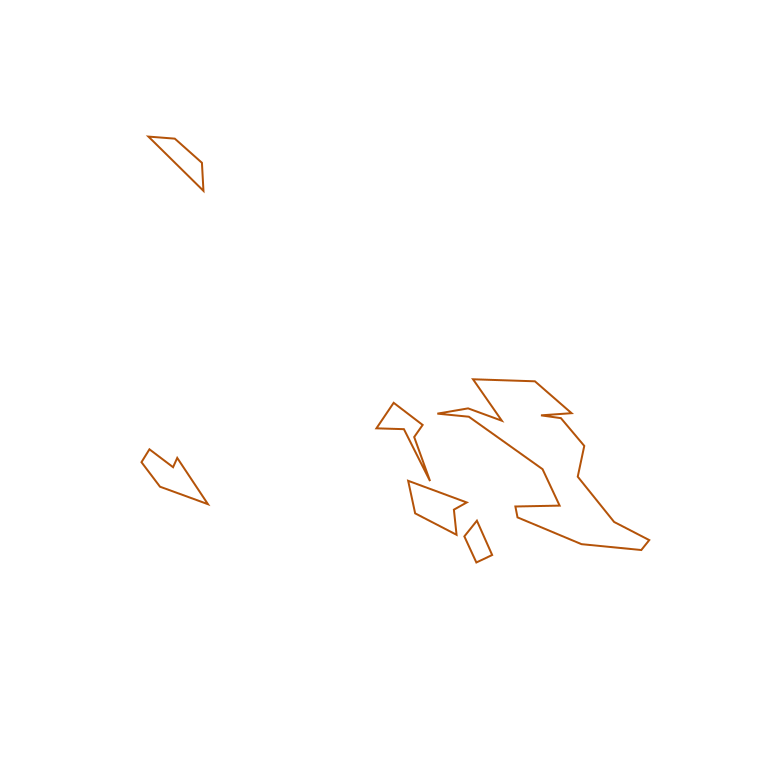 SVG path tracing the border of Milne Bay, rotated 198°
{"feature_id": "PNG-1252", "entity_name": "Milne Bay", "entity_type": "Province", "adm_level": 1, "iso_a3": "PNG", "parent_name": "Papua New Guinea", "parent_adm1": "", "projection": "orthographic", "projection_center": [151.454, -10.028], "detail": "coarse", "context": "isolated", "style": "outline", "palette": "amber", "viewbox_px": 768, "rotation_deg": 198, "n_neighbors": 0, "source": "natural_earth", "source_scale": "10m", "svg_char_len": 769}
<svg xmlns="http://www.w3.org/2000/svg" viewBox="0 0 768 768"><g transform="rotate(198 384 384)"><path d="M146.7,292.7L215.8,298.4L221.2,308.1L179.4,322.6L206.9,352.0L293.2,379.1L324.1,372.3L296.5,386.8L260.6,385.5L300.8,416.0L241.3,433.2L196.6,414.2L225.0,402.7L205.2,406.2L174.4,387.0L171.1,355.7L122.5,323.9L83.5,317.5L88.0,305.6L146.7,292.7ZM331.1,299.4L268.7,296.9L278.7,286.1L268.4,263.0L314.4,270.6L331.1,299.4ZM590.5,234.7L586.9,249.4L558.9,239.7L557.8,249.8L514.3,215.3L565.3,217.1L590.5,234.7ZM351.1,347.2L377.5,339.5L369.0,369.1L334.6,357.0L338.9,342.9L310.2,305.9L351.1,347.2ZM684.5,546.5L658.8,552.7L625.5,538.1L615.4,511.9L684.5,546.5ZM260.5,263.9L253.4,282.7L228.3,254.8L241.0,242.8L260.5,263.9Z" fill="none" stroke="#b45309" stroke-width="2"/></g></svg>